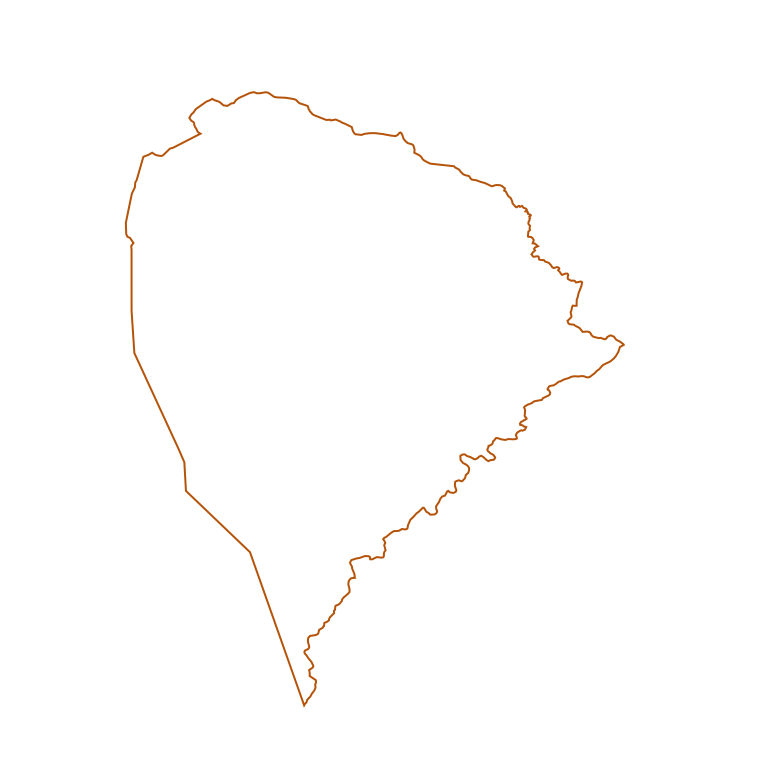 Samlout, Batdâmbâng, Cambodia, rotated 262°
{"feature_id": "14789045B92123585900172", "entity_name": "Samlout", "entity_type": "district", "adm_level": 2, "iso_a3": "KHM", "parent_name": "Cambodia", "parent_adm1": "Batdâmbâng", "projection": "natural_earth1", "projection_center": [102.824, 12.565], "detail": "fine", "context": "isolated", "style": "outline", "palette": "amber", "viewbox_px": 768, "rotation_deg": 262, "n_neighbors": 0, "source": "geoboundaries", "source_scale": "gbopen_adm2", "svg_char_len": 6154}
<svg xmlns="http://www.w3.org/2000/svg" viewBox="0 0 768 768"><g transform="rotate(262 384 384)"><path d="M305.7,173.0L236.1,227.9L76.9,260.2L78.4,261.3L79.5,262.9L81.9,264.0L84.8,267.6L87.4,269.5L89.8,272.0L91.8,273.4L93.3,274.0L95.9,274.0L97.0,274.7L98.9,275.4L100.3,275.2L105.2,269.7L107.3,270.2L111.2,270.1L112.8,273.4L114.0,274.7L115.4,274.6L118.8,273.5L122.7,271.1L126.2,269.4L128.2,268.0L129.3,267.9L130.3,268.1L131.1,268.8L132.1,272.0L133.3,273.1L134.5,273.4L139.5,272.8L142.9,273.5L144.8,275.6L144.9,281.4L145.2,282.7L146.0,284.1L149.6,285.6L151.1,289.3L152.3,290.2L152.6,290.9L155.7,291.7L156.5,294.5L157.3,296.1L157.7,296.6L159.5,297.2L160.7,298.2L164.0,302.7L166.4,302.9L167.2,304.0L170.9,305.0L171.5,306.1L171.5,306.9L171.9,308.2L172.9,309.9L175.0,312.0L176.5,312.6L177.9,313.9L181.5,319.5L183.0,321.0L185.4,321.3L190.8,320.8L193.6,321.6L195.3,323.0L196.0,324.1L196.3,325.3L196.1,328.0L196.7,327.7L197.6,328.3L200.2,328.2L205.6,326.8L207.7,326.8L211.2,325.5L212.6,325.9L214.2,327.3L215.1,332.7L215.1,335.3L216.3,341.3L215.6,344.8L214.7,345.9L212.4,345.9L212.1,347.3L212.1,348.1L213.5,352.5L213.5,353.3L212.5,356.7L212.4,358.4L212.6,359.3L214.2,360.1L216.2,360.3L217.7,361.0L219.1,362.4L224.2,361.8L226.7,363.1L228.5,362.6L230.4,361.6L231.5,362.6L232.3,364.9L235.7,370.4L237.0,373.5L236.6,375.9L236.6,378.5L237.9,381.5L237.1,384.5L237.1,386.3L238.1,387.3L240.6,388.0L245.9,391.2L248.1,394.4L251.4,398.2L252.7,400.7L256.1,405.3L255.8,406.3L251.7,408.1L249.8,410.4L248.2,411.6L247.8,415.3L248.0,416.6L248.9,417.9L250.0,418.8L250.8,418.9L253.3,418.3L255.7,418.6L259.3,421.9L262.7,424.0L263.8,425.2L264.5,426.1L265.0,428.9L268.8,431.6L269.2,432.8L267.7,434.0L266.7,436.6L266.5,438.0L267.4,440.2L268.9,440.9L273.2,440.0L277.1,440.8L277.6,441.7L278.2,444.1L278.0,445.3L277.0,446.8L276.9,447.8L278.8,450.4L280.4,451.6L282.5,452.3L284.3,455.1L286.8,456.2L288.9,456.6L290.7,455.9L292.4,454.5L294.9,451.2L297.9,449.3L301.8,449.5L302.4,449.8L303.2,451.9L303.1,454.2L301.2,456.1L299.6,459.4L296.9,463.0L296.9,464.8L297.7,466.6L298.9,468.1L299.4,470.2L298.1,472.0L294.5,474.9L293.1,476.6L293.8,479.0L293.7,482.1L294.4,483.0L295.8,483.9L298.5,482.5L300.6,479.7L303.1,477.6L304.2,477.2L305.0,477.3L306.7,478.5L308.2,478.9L308.5,480.8L309.1,482.2L309.8,483.1L312.2,484.2L312.8,485.2L314.8,487.3L314.8,488.4L312.7,492.9L311.7,496.5L312.2,499.6L311.3,503.8L311.1,506.6L311.4,507.9L311.9,508.1L315.3,507.5L317.4,509.2L318.9,512.7L319.0,513.8L318.5,514.6L319.0,516.9L319.6,517.5L321.6,518.8L322.6,516.4L323.8,515.5L324.6,513.2L325.8,513.1L327.3,514.4L329.6,520.3L330.8,520.2L332.1,519.0L333.1,518.9L338.4,520.1L341.4,519.5L342.2,520.3L343.5,523.3L344.4,527.5L345.7,529.6L346.0,531.1L346.3,538.1L347.9,539.5L349.7,545.4L350.5,546.7L352.2,547.4L354.7,546.6L355.5,545.5L356.2,545.2L358.6,547.1L359.0,548.3L359.1,552.0L360.2,554.4L362.0,557.4L362.1,559.3L363.4,562.7L364.2,567.9L365.0,570.2L365.2,571.9L365.1,573.9L364.4,577.5L364.3,581.4L363.5,583.8L362.5,585.4L362.2,586.6L362.3,588.7L365.4,594.1L367.5,596.8L368.6,599.0L372.4,603.5L374.8,611.2L377.5,615.5L379.5,617.6L383.3,620.6L387.8,622.8L389.4,626.9L390.0,626.7L393.2,623.5L395.2,620.6L396.3,619.6L398.8,618.4L400.4,615.6L400.6,614.6L399.4,611.5L398.9,611.3L397.6,609.6L397.6,608.7L399.6,604.8L399.5,603.3L401.5,598.1L403.3,596.4L405.8,595.5L406.9,594.5L407.6,592.8L408.0,587.9L412.0,585.6L412.9,584.6L414.9,581.7L416.4,580.1L417.3,576.2L418.5,575.0L421.0,574.5L423.7,578.3L425.0,579.1L429.2,578.8L430.5,579.7L434.1,581.0L435.3,581.8L435.2,582.8L434.8,583.8L434.7,585.6L440.7,586.6L442.6,587.7L447.0,589.4L453.6,593.1L456.9,594.3L457.8,593.9L458.1,593.0L457.8,588.4L459.7,587.1L460.2,585.0L460.1,584.1L460.9,582.7L462.4,580.8L463.7,580.7L465.5,581.1L465.9,581.6L467.1,581.5L467.8,580.9L468.0,580.1L468.0,578.5L467.2,575.6L467.6,575.1L470.8,573.5L472.2,572.3L472.9,572.6L473.6,573.6L474.3,573.6L475.2,572.8L475.7,571.5L475.2,568.3L476.1,566.9L478.4,565.9L481.0,564.1L483.0,560.4L484.4,559.6L485.3,555.7L485.8,554.9L488.3,554.9L489.0,554.3L489.2,552.6L489.1,550.2L489.6,549.3L491.9,548.1L493.8,550.0L495.2,552.2L496.9,551.4L498.2,552.6L499.0,555.7L502.1,552.9L502.6,550.8L505.7,552.3L507.7,551.5L509.2,550.0L509.6,547.4L510.3,547.1L514.9,548.2L515.8,549.7L516.3,550.0L517.7,549.8L520.6,550.6L521.7,549.6L522.7,549.3L524.7,549.8L526.0,551.0L527.6,551.1L528.0,551.7L529.7,551.2L530.4,552.8L531.1,552.7L532.6,550.2L534.0,550.4L534.7,549.9L535.2,548.2L536.5,549.7L537.2,549.5L538.2,548.4L539.2,546.6L541.1,545.5L540.5,543.3L541.5,542.7L541.6,542.0L540.5,540.0L541.0,539.1L545.0,536.4L546.8,536.4L550.2,535.5L553.0,533.1L557.7,531.4L558.8,529.9L560.8,531.0L563.9,528.1L564.8,526.2L565.3,523.6L565.4,522.2L564.8,518.7L565.0,517.9L569.0,511.8L570.6,508.0L572.9,503.8L574.1,499.7L574.7,498.8L578.0,497.2L579.6,493.3L580.6,491.7L583.6,489.4L585.9,488.2L588.4,484.7L589.9,483.6L595.8,460.4L598.1,457.1L599.8,454.8L601.2,453.6L603.5,452.6L605.3,451.2L608.8,446.2L611.8,446.9L615.2,446.5L616.7,445.9L617.7,444.6L619.2,441.1L620.9,439.5L624.1,437.5L628.0,436.8L629.7,436.2L630.8,435.2L630.6,434.3L628.7,432.2L627.9,429.9L628.9,425.9L631.7,417.5L633.7,409.9L634.4,404.4L634.4,399.5L633.8,396.3L635.3,390.5L636.2,389.6L638.5,388.5L642.9,387.8L646.9,382.0L648.5,379.1L650.0,377.3L652.6,373.0L652.4,368.5L652.6,367.8L653.2,367.4L653.5,363.6L659.8,352.4L661.1,350.8L664.2,348.7L666.9,347.6L669.5,347.3L670.2,346.6L673.9,339.2L677.8,336.2L678.9,333.7L681.1,326.7L682.7,317.9L683.6,315.2L688.2,310.3L688.7,309.6L689.4,307.1L689.2,301.8L689.5,298.9L691.1,295.8L690.9,291.9L687.4,280.0L685.7,276.9L683.1,274.4L683.1,271.9L681.2,267.6L682.3,263.8L686.3,260.3L688.6,255.7L690.3,253.5L689.4,251.6L688.3,247.3L682.4,235.9L679.4,233.1L677.7,230.7L674.6,228.3L671.6,229.7L669.9,231.8L668.8,232.3L667.6,232.1L664.9,232.6L662.4,233.8L660.4,234.3L658.8,235.3L657.4,237.1L647.3,208.0L646.9,204.8L641.2,197.0L640.8,195.4L641.5,192.4L642.9,189.3L645.3,186.6L643.7,182.6L642.6,177.7L642.0,177.1L620.0,167.3L618.4,165.8L613.5,164.7L607.6,160.8L579.6,150.8L568.4,149.6L565.6,150.4L563.9,152.9L558.5,155.5L555.9,152.9L552.1,152.7L491.4,144.2L449.4,141.1L348.7,171.4L334.3,175.4L305.7,173.0Z" fill="none" stroke="#b45309" stroke-width="2"/></g></svg>